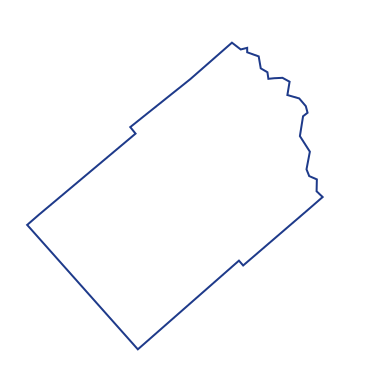 Mineral, Colorado, United States of America, rotated 49°
{"feature_id": "52423323B56344339694103", "entity_name": "Mineral", "entity_type": "district", "adm_level": 2, "iso_a3": "USA", "parent_name": "United States of America", "parent_adm1": "Colorado", "projection": "albers", "projection_center": [-106.92, 37.684], "detail": "fine", "context": "isolated", "style": "outline", "palette": "blue", "viewbox_px": 384, "rotation_deg": 49, "n_neighbors": 0, "source": "geoboundaries", "source_scale": "gbopen_adm2", "svg_char_len": 550}
<svg xmlns="http://www.w3.org/2000/svg" viewBox="0 0 384 384"><g transform="rotate(49 192 192)"><path d="M275.2,332.1L274.6,201.6L281.0,201.6L281.5,115.9L281.5,96.7L273.2,97.5L264.4,89.5L256.9,93.1L250.0,90.7L238.9,76.6L220.6,73.9L207.7,58.5L208.0,52.8L201.9,49.8L191.7,49.7L181.4,56.4L172.8,46.0L165.2,48.8L160.0,55.4L156.7,60.1L151.1,56.5L143.8,59.0L133.4,52.7L122.8,58.7L119.4,55.8L116.4,61.7L105.5,63.9L105.7,119.1L102.5,196.0L110.9,196.3L108.7,322.7L108.7,338.0L275.2,336.1L275.2,332.1Z" fill="none" stroke="#1e3a8a" stroke-width="2"/></g></svg>